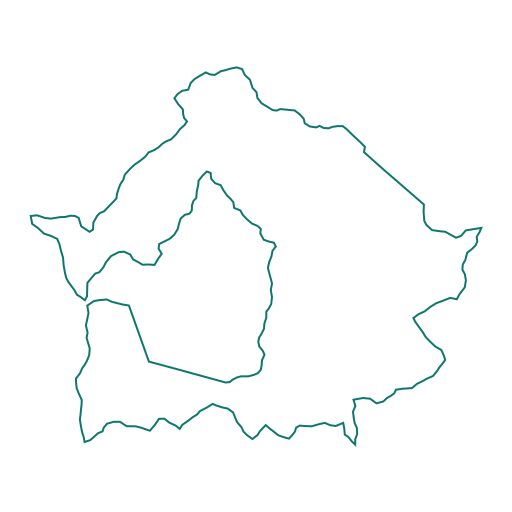 Monte Aprazível, São Paulo, Brazil
{"feature_id": "56859067B72421879986943", "entity_name": "Monte Aprazível", "entity_type": "district", "adm_level": 2, "iso_a3": "BRA", "parent_name": "Brazil", "parent_adm1": "São Paulo", "projection": "albers", "projection_center": [-49.795, -20.728], "detail": "fine", "context": "isolated", "style": "outline", "palette": "teal", "viewbox_px": 512, "rotation_deg": 0, "n_neighbors": 0, "source": "geoboundaries", "source_scale": "gbopen_adm2", "svg_char_len": 4307}
<svg xmlns="http://www.w3.org/2000/svg" viewBox="0 0 512 512"><path d="M481.3,227.9L465.8,230.4L461.0,235.9L456.0,237.7L445.3,231.8L439.5,231.2L432.0,230.1L426.3,224.8L424.3,220.9L423.6,211.8L423.9,204.5L382.0,168.2L364.0,152.1L364.9,146.8L360.1,142.0L352.5,134.9L346.3,128.9L342.7,126.1L337.7,126.1L332.6,126.8L328.6,128.3L323.7,128.0L319.6,125.9L316.1,127.4L309.9,126.5L304.7,123.2L303.7,118.7L299.8,114.4L294.6,110.4L290.3,110.1L284.9,109.5L280.2,109.1L276.7,110.6L272.7,110.1L267.2,106.7L261.6,103.3L257.4,98.0L256.5,92.2L252.5,87.9L251.2,83.6L249.9,79.7L244.9,75.1L242.0,69.1L236.7,67.4L229.3,68.9L225.5,70.2L221.1,71.1L214.8,74.9L209.9,74.4L205.8,72.4L199.6,76.0L194.6,79.0L190.7,83.0L188.2,89.7L182.2,90.8L177.5,94.1L174.4,98.3L178.1,104.0L182.9,109.5L183.1,113.9L184.1,118.0L187.0,121.4L184.6,125.0L180.0,129.1L176.2,134.2L171.1,139.3L165.8,141.5L162.2,143.9L158.3,147.5L154.2,150.1L148.6,152.4L145.3,156.6L139.9,161.0L135.0,164.3L130.0,168.9L124.8,174.7L123.2,180.0L120.7,183.5L118.9,187.9L117.0,193.8L116.4,198.5L112.7,202.4L109.2,206.0L103.8,211.5L99.9,213.0L97.0,216.1L93.3,222.7L93.1,229.5L89.6,231.8L81.3,226.4L79.9,222.2L78.7,217.9L75.0,216.0L70.4,215.7L65.2,217.0L60.2,217.1L51.4,218.6L45.0,218.0L41.3,216.7L36.9,215.3L30.7,216.0L32.2,223.9L37.6,227.7L44.0,233.6L51.2,236.0L57.2,238.9L59.5,244.4L61.1,251.2L63.0,257.4L63.6,264.9L64.9,272.5L66.3,278.2L68.4,281.9L71.1,285.7L74.2,289.8L76.9,294.7L80.2,296.7L84.9,300.2L87.0,296.3L87.2,289.2L87.4,282.8L91.1,278.4L95.2,273.6L99.4,272.2L103.5,267.1L105.9,262.3L111.0,256.1L118.9,252.1L124.1,251.7L130.2,254.5L133.1,259.4L138.0,262.0L142.5,264.7L148.4,264.5L154.5,264.9L158.2,258.7L161.7,253.8L158.6,248.6L159.2,244.0L163.9,241.7L169.5,238.9L174.2,234.8L177.8,228.9L179.0,223.8L180.7,218.5L184.9,214.8L189.4,213.7L191.8,210.6L192.0,205.1L193.5,200.9L196.3,197.9L196.8,191.4L198.2,185.0L198.6,180.6L202.7,175.5L206.8,171.5L210.6,172.9L211.2,178.8L215.1,183.2L220.7,185.2L223.4,190.3L227.1,195.6L230.8,199.1L233.4,202.4L234.1,207.9L240.3,210.4L243.0,215.2L247.1,219.4L252.0,223.6L257.5,225.9L260.8,228.9L260.3,233.3L263.7,239.7L269.4,241.7L273.9,242.7L275.8,246.5L272.5,250.8L271.5,256.3L269.2,262.0L267.9,267.9L270.2,276.6L272.0,283.4L270.8,290.0L272.0,297.2L271.2,304.0L268.8,308.6L266.3,311.6L266.3,317.9L264.4,323.4L264.0,328.7L261.5,333.8L259.1,337.5L258.3,341.9L259.3,346.5L262.9,351.0L264.5,354.7L262.0,360.2L261.6,365.7L260.7,369.9L257.8,373.2L253.5,375.0L248.4,376.3L241.2,376.3L236.8,377.5L232.9,379.5L229.7,382.1L225.6,382.5L179.7,369.9L148.9,361.6L128.9,305.5L122.1,304.4L111.9,301.8L106.8,299.5L99.2,300.1L93.8,301.1L87.3,305.6L88.5,313.0L87.2,319.5L85.9,325.4L87.6,332.7L86.6,337.8L87.8,341.9L89.7,348.3L89.2,355.2L87.0,360.7L84.6,364.9L82.1,368.4L80.0,373.3L75.9,378.6L76.1,383.0L76.7,388.3L79.2,394.5L81.7,399.8L81.6,404.4L81.1,408.6L80.5,414.8L79.9,419.4L80.9,426.1L82.1,432.2L83.6,436.6L84.6,442.0L90.3,440.1L93.9,436.9L97.9,433.3L102.5,431.4L103.8,427.6L106.9,423.8L113.6,421.8L120.0,421.8L126.6,426.2L135.5,426.3L139.8,427.3L144.6,428.9L149.9,430.7L154.9,424.9L159.0,418.8L164.4,418.7L169.1,422.5L175.7,425.6L179.7,428.9L182.2,424.9L187.7,421.1L192.7,417.2L197.0,414.6L199.8,411.2L203.2,409.4L207.1,407.4L212.6,403.9L216.3,405.5L222.2,407.4L227.5,408.5L233.0,412.3L237.0,422.0L241.6,427.4L243.4,431.5L246.9,435.0L252.4,439.0L257.5,435.1L260.0,431.1L265.7,425.1L269.6,428.4L278.4,435.3L283.4,437.1L289.0,438.6L292.1,435.3L294.8,431.8L296.2,427.6L299.7,425.6L304.6,426.0L311.6,426.3L319.0,424.2L324.8,422.9L330.2,425.2L335.7,426.0L343.2,422.9L344.3,428.7L344.8,434.6L348.5,437.1L351.9,441.5L355.2,444.6L355.2,439.4L357.2,433.9L356.8,427.8L354.7,423.2L353.8,418.3L353.0,411.7L355.4,405.9L353.5,399.7L363.0,398.0L370.1,398.7L376.4,403.3L383.3,401.5L387.0,398.0L390.7,395.9L394.2,393.4L395.9,389.7L403.0,388.7L412.0,388.1L416.9,383.9L421.9,381.5L426.8,378.7L433.0,376.0L437.1,371.0L439.2,367.6L441.9,364.4L445.2,359.9L443.9,355.7L441.3,350.0L435.3,346.5L430.1,341.6L425.6,336.9L422.7,332.1L419.0,327.0L415.2,321.7L413.4,318.0L418.5,314.2L424.6,311.4L430.9,306.5L436.3,303.2L444.0,300.3L450.2,297.9L456.8,299.2L459.5,294.2L464.8,287.3L465.9,280.3L464.8,274.1L462.4,269.7L462.8,264.5L465.3,260.0L467.2,252.7L471.5,249.4L475.6,245.4L477.3,241.4L476.7,236.9L479.6,232.0L481.3,227.9Z" fill="none" stroke="#0f766e" stroke-width="2"/></svg>